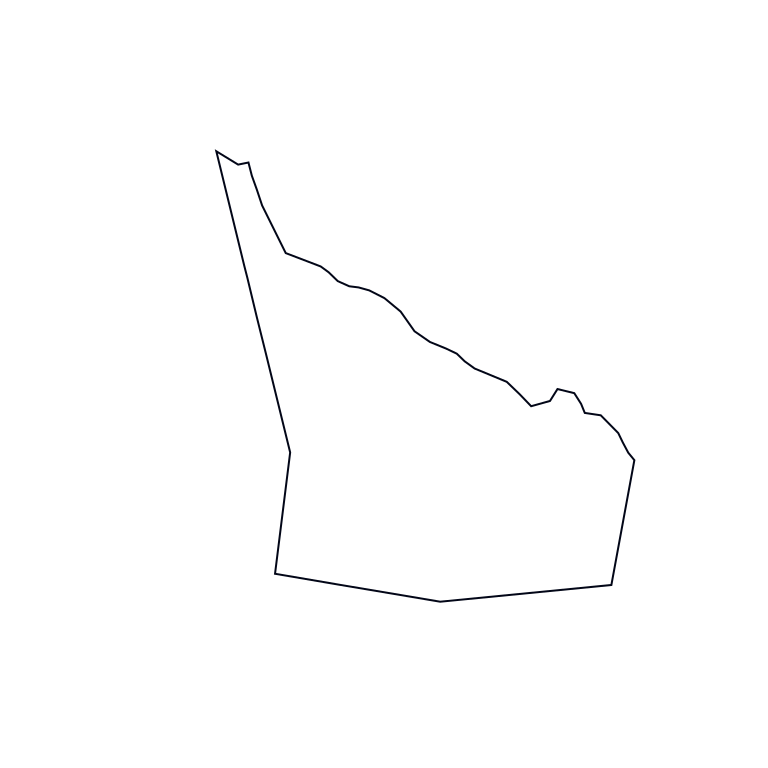 Lagoa de Pedras, Rio Grande do Norte, Brazil, rotated 62°
{"feature_id": "56859067B10603162869089", "entity_name": "Lagoa de Pedras", "entity_type": "district", "adm_level": 2, "iso_a3": "BRA", "parent_name": "Brazil", "parent_adm1": "Rio Grande do Norte", "projection": "mercator", "projection_center": [-35.477, -6.193], "detail": "fine", "context": "isolated", "style": "outline", "palette": "ink", "viewbox_px": 768, "rotation_deg": 62, "n_neighbors": 0, "source": "geoboundaries", "source_scale": "gbopen_adm2", "svg_char_len": 692}
<svg xmlns="http://www.w3.org/2000/svg" viewBox="0 0 768 768"><g transform="rotate(62 384 384)"><path d="M668.2,277.6L568.8,198.7L559.3,200.6L547.7,200.6L537.3,200.2L513.4,207.3L503.8,220.3L494.1,219.3L481.4,220.3L469.9,233.2L476.9,245.4L472.7,264.5L456.8,269.0L439.7,274.6L412.9,296.7L401.9,302.1L391.4,305.5L381.8,312.6L368.5,323.7L351.8,332.3L327.9,335.3L308.4,343.3L294.4,353.1L286.8,361.1L281.4,368.8L271.5,376.5L259.4,380.4L250.5,384.7L222.3,409.3L169.1,407.8L152.5,405.0L138.0,402.9L124.8,399.7L121.8,409.8L99.8,422.8L214.5,452.0L226.1,454.8L265.2,464.9L302.1,474.1L400.4,499.0L500.4,569.3L540.1,517.9L602.6,436.6L668.2,277.6Z" fill="none" stroke="#020617" stroke-width="2"/></g></svg>